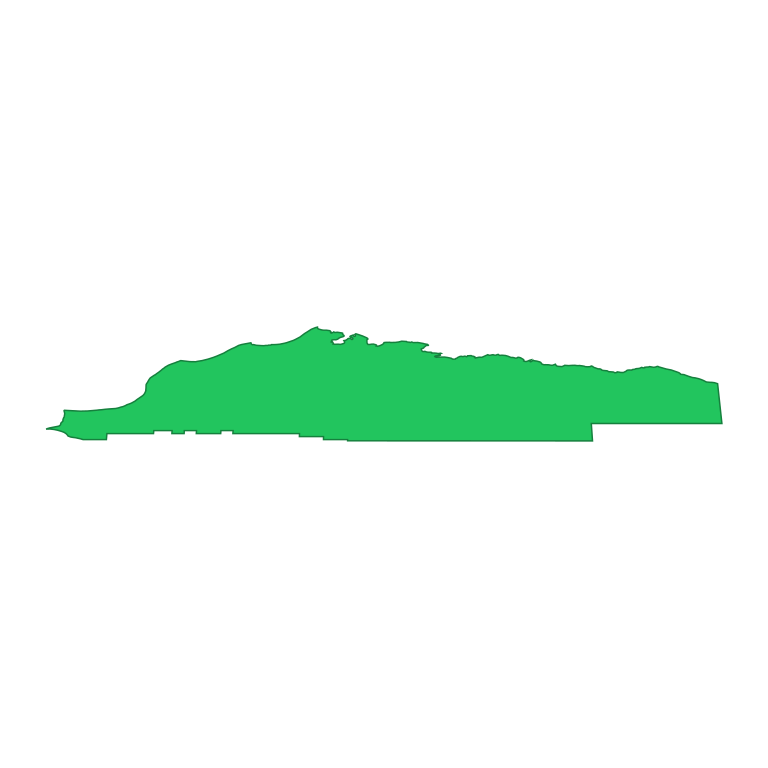 North Slope, Alaska, United States of America (Robinson projection)
{"feature_id": "52423323B80059195101619", "entity_name": "North Slope", "entity_type": "district", "adm_level": 2, "iso_a3": "USA", "parent_name": "United States of America", "parent_adm1": "Alaska", "projection": "robinson", "projection_center": [-153.874, 69.676], "detail": "fine", "context": "isolated", "style": "filled", "palette": "green", "viewbox_px": 768, "rotation_deg": 0, "n_neighbors": 0, "source": "geoboundaries", "source_scale": "gbopen_adm2", "svg_char_len": 6044}
<svg xmlns="http://www.w3.org/2000/svg" viewBox="0 0 768 768"><path d="M721.9,423.5L717.6,383.7L714.5,382.7L712.1,382.4L709.7,382.3L706.4,382.0L703.7,380.6L701.6,379.7L698.7,378.7L695.3,377.9L692.3,377.5L688.2,376.2L683.9,374.6L680.5,374.3L680.3,373.7L679.1,372.8L677.9,372.3L671.3,370.0L666.2,369.0L660.6,367.4L658.8,366.9L657.9,366.4L657.2,366.4L655.3,367.1L653.6,367.3L649.6,366.6L648.5,367.0L646.2,367.1L644.7,367.3L644.7,367.7L643.3,367.9L641.7,367.4L641.1,367.6L640.2,368.1L638.4,368.5L636.6,368.6L635.7,368.8L634.6,369.3L632.6,369.5L632.0,369.8L631.8,370.1L629.2,370.0L627.4,370.2L626.6,370.6L626.1,371.2L623.4,372.5L622.0,372.5L620.3,372.4L618.9,372.1L617.3,371.9L617.2,371.9L617.1,372.3L616.1,372.6L614.8,372.8L613.8,372.2L613.3,372.0L609.1,371.7L608.5,371.6L607.9,371.2L607.1,370.8L605.0,370.6L603.0,370.4L602.3,370.2L601.4,369.8L601.3,369.5L600.3,369.0L599.9,368.9L598.4,368.9L597.3,368.6L593.7,367.3L593.0,366.8L592.8,366.5L591.5,366.0L591.1,366.0L590.7,366.5L589.6,366.7L587.3,366.8L585.0,366.6L584.5,366.3L583.0,366.0L579.4,365.5L578.8,365.6L576.8,365.6L575.9,365.4L574.3,365.3L571.4,365.4L568.6,365.6L564.7,365.3L564.1,365.7L562.0,366.6L557.7,366.3L557.1,366.1L556.1,365.5L555.8,365.0L555.7,364.6L555.4,364.2L552.8,365.2L551.9,365.3L550.7,365.2L548.8,364.8L545.1,364.7L544.2,364.8L542.1,364.2L540.6,362.3L539.4,361.8L536.8,361.1L533.9,360.7L533.5,360.6L533.5,360.4L533.1,360.2L532.3,360.3L532.3,360.9L531.6,361.4L530.7,361.8L530.0,361.5L529.9,360.8L530.6,360.0L529.2,360.4L528.9,360.6L526.9,361.4L525.4,361.5L524.3,361.3L523.9,361.1L523.6,360.9L523.9,360.3L523.6,359.6L520.8,357.9L520.0,357.6L518.6,357.3L517.8,357.4L517.8,357.5L517.1,357.9L515.5,358.2L513.7,357.6L511.9,357.4L511.1,357.5L507.9,356.2L505.4,355.5L501.9,355.2L499.8,355.4L499.3,355.3L498.9,354.9L498.2,354.4L496.9,354.7L496.3,355.1L495.5,355.2L495.1,355.2L493.4,354.9L493.1,354.7L491.7,354.9L491.1,355.1L489.3,355.3L489.1,355.3L487.8,354.7L482.6,357.0L481.9,357.3L479.1,357.2L475.3,358.0L474.6,357.4L474.9,357.0L473.9,356.4L471.8,356.0L471.2,355.6L467.6,355.8L467.5,356.2L466.7,356.7L465.5,356.3L464.4,356.2L463.4,356.5L462.7,356.6L461.4,356.3L460.2,356.4L459.3,356.7L458.4,357.2L457.8,357.4L456.8,358.2L455.6,358.6L455.3,359.1L452.7,359.2L451.4,358.3L447.6,357.5L444.8,357.1L438.9,357.1L437.4,357.2L436.6,357.3L436.0,357.2L434.8,356.6L435.0,356.2L435.5,355.9L437.9,355.6L439.1,355.5L440.3,355.2L440.2,354.9L439.5,354.5L440.4,353.7L441.1,353.4L440.5,353.2L439.8,353.3L439.1,353.5L438.0,353.5L436.4,353.2L434.0,353.0L432.7,353.1L431.7,353.0L431.8,352.6L431.3,352.3L430.8,352.2L428.2,352.2L426.6,352.0L424.8,351.3L424.6,351.4L424.2,351.6L422.6,351.5L422.2,351.2L421.6,350.3L421.2,349.0L421.3,348.9L423.6,348.0L423.8,347.5L426.0,345.7L426.5,345.5L428.3,345.4L428.4,345.2L427.5,344.4L424.2,343.8L423.4,343.5L417.8,342.5L413.3,342.6L411.7,342.0L410.2,342.5L409.5,342.2L407.8,342.1L406.9,341.9L406.5,341.5L401.7,341.2L398.6,342.0L395.4,342.4L390.8,342.5L389.6,342.3L385.1,342.4L384.0,342.6L384.0,342.9L383.6,343.5L382.9,344.1L382.4,344.5L380.5,345.4L379.1,345.9L378.0,346.2L377.7,346.3L376.2,346.0L376.6,345.4L376.5,345.1L375.7,344.7L373.4,344.1L371.4,344.2L369.6,344.5L367.8,344.4L367.0,343.0L366.9,341.7L366.9,339.9L367.3,339.4L367.9,339.0L367.6,338.4L366.7,337.8L362.6,336.0L358.5,334.6L356.2,333.9L355.5,333.9L354.8,334.5L355.4,335.1L355.4,335.7L355.4,335.9L355.1,336.3L354.2,336.4L353.9,336.3L353.4,335.5L353.3,335.3L353.3,335.1L353.2,335.0L350.5,336.0L350.0,336.4L350.1,336.6L352.5,337.8L352.8,338.2L352.9,338.6L352.9,338.8L352.7,339.1L352.1,339.5L351.8,339.5L351.6,339.4L350.5,338.5L350.4,338.2L348.2,338.5L347.7,338.9L347.2,339.4L346.7,339.7L345.4,340.4L343.9,340.6L344.4,341.4L344.5,341.9L344.6,342.4L344.5,342.8L344.1,343.3L343.1,343.7L340.5,344.4L338.3,344.2L334.8,344.3L333.1,344.0L333.4,343.5L332.7,342.2L331.2,342.1L331.2,341.8L332.1,341.3L331.7,340.4L332.1,339.9L334.6,339.7L335.9,339.8L337.6,339.2L338.9,338.3L339.1,338.0L340.8,337.3L343.1,336.7L344.1,336.0L344.0,335.5L342.8,334.5L342.6,334.1L342.7,333.3L342.2,333.0L337.8,332.3L336.7,332.3L336.1,332.4L334.7,332.5L333.8,331.9L332.8,332.6L331.2,333.1L330.6,332.6L330.8,332.3L331.0,332.0L329.9,330.7L326.4,330.2L323.7,330.2L322.8,330.1L321.6,329.9L318.5,329.0L318.4,329.0L317.6,328.3L317.5,327.1L315.5,327.6L311.3,329.3L307.4,331.8L304.5,333.6L300.0,337.0L295.5,339.4L293.4,340.4L288.1,342.2L286.6,342.7L284.7,343.2L279.8,344.2L276.6,344.5L274.3,344.6L271.3,344.6L271.0,345.0L270.2,345.2L268.8,345.1L267.3,345.5L266.0,345.4L263.8,345.7L261.2,345.6L256.4,345.3L253.5,344.6L252.3,344.7L251.4,344.1L250.9,342.8L241.7,344.5L238.7,345.4L234.7,347.5L231.7,348.8L227.9,350.7L223.8,353.1L216.8,356.1L213.4,357.4L208.1,359.1L202.1,360.6L197.1,361.4L195.4,361.8L194.1,361.7L191.7,361.7L189.5,361.6L180.7,360.6L179.4,361.1L179.1,361.3L176.3,362.2L176.2,362.4L171.8,363.9L168.5,365.2L165.7,366.8L164.9,367.3L163.5,368.5L162.6,369.0L161.3,370.2L158.5,372.4L156.3,373.9L155.3,374.8L154.6,375.0L150.3,377.9L149.4,379.1L148.5,380.5L147.4,382.6L147.1,382.9L146.4,384.0L146.1,384.8L146.0,388.0L145.8,390.2L145.9,390.4L145.4,391.8L145.0,392.7L144.1,394.2L142.9,395.5L142.2,396.0L137.2,399.4L134.9,401.2L131.6,403.0L129.7,403.8L127.0,404.7L125.2,405.7L123.0,406.6L120.5,407.2L118.8,407.8L118.0,408.0L115.6,408.5L108.4,409.0L105.1,409.3L100.9,409.8L99.1,409.9L96.9,410.2L87.4,411.0L82.3,411.1L81.0,411.2L64.4,410.3L64.1,410.5L64.1,411.0L64.6,412.9L64.7,413.8L64.1,417.3L63.6,417.8L63.0,419.5L62.9,420.5L63.0,420.7L63.0,420.8L62.8,421.3L62.4,421.6L60.9,423.1L60.6,424.5L60.5,424.8L59.8,425.5L59.4,425.8L58.5,426.2L49.7,427.9L47.3,428.6L46.1,429.1L50.0,429.0L54.2,429.5L57.5,430.2L61.6,431.4L64.2,432.4L66.4,433.9L67.6,435.3L68.0,436.0L70.6,437.0L72.9,437.4L75.4,437.7L80.4,438.8L83.1,439.6L106.4,439.6L106.9,433.6L153.5,433.6L153.8,430.6L172.1,430.6L171.9,433.6L184.1,433.6L184.3,430.6L196.5,430.6L196.3,433.6L220.7,433.6L220.9,430.6L233.1,430.6L232.9,433.6L299.5,433.6L299.4,436.6L323.5,436.6L323.5,439.6L347.6,439.6L347.6,440.8L592.5,440.9L591.3,423.5L721.9,423.5Z" fill="#22c55e" stroke="#15803d" stroke-width="1.5"/></svg>